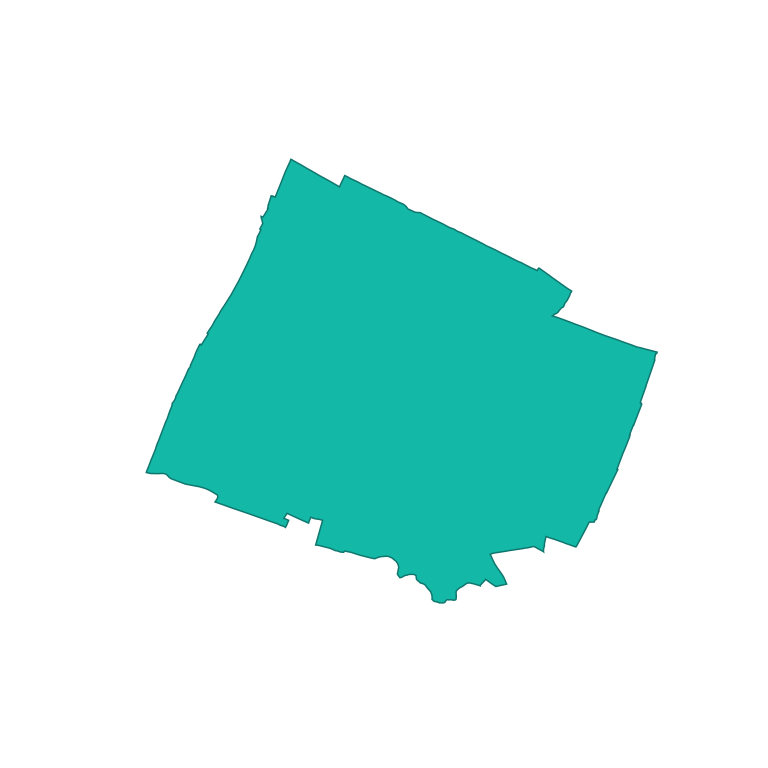 outline of Vladeni, Botosani, Romania, rotated 148°
{"feature_id": "2599482B92223550861236", "entity_name": "Vladeni", "entity_type": "district", "adm_level": 2, "iso_a3": "ROU", "parent_name": "Romania", "parent_adm1": "Botosani", "projection": "orthographic", "projection_center": [26.517, 47.71], "detail": "fine", "context": "isolated", "style": "filled", "palette": "teal", "viewbox_px": 768, "rotation_deg": 148, "n_neighbors": 0, "source": "geoboundaries", "source_scale": "gbopen_adm2", "svg_char_len": 6147}
<svg xmlns="http://www.w3.org/2000/svg" viewBox="0 0 768 768"><g transform="rotate(148 384 384)"><path d="M632.5,434.9L629.4,431.8L623.4,427.9L619.0,425.4L616.9,423.5L616.1,421.5L615.6,418.5L614.6,416.3L611.6,412.4L607.4,406.9L605.3,404.2L594.8,394.5L590.8,390.0L588.9,387.2L587.6,385.0L585.6,381.2L584.2,378.3L584.3,376.8L586.2,375.1L589.8,373.5L578.2,358.9L567.7,346.0L553.0,327.5L548.0,321.3L547.9,321.0L546.9,319.3L544.2,316.1L543.6,314.6L541.9,315.5L537.1,318.9L540.1,323.2L534.7,325.6L529.9,318.3L525.3,311.3L521.7,306.0L519.4,307.9L516.7,309.8L515.0,307.5L514.3,306.7L513.8,306.2L510.3,303.2L508.3,300.9L526.5,284.4L527.3,283.7L526.4,283.0L524.9,281.7L517.3,273.8L515.6,271.6L514.1,269.3L513.4,268.4L513.0,267.9L512.2,267.4L511.8,266.9L511.2,266.1L509.9,264.5L507.7,262.9L507.4,262.7L507.2,262.7L506.0,263.2L505.8,263.2L504.7,262.1L504.1,261.4L503.4,260.9L500.7,258.2L498.2,255.2L496.8,253.5L494.3,250.7L489.7,245.9L486.7,242.8L484.9,241.1L484.0,240.6L482.3,240.4L479.1,239.6L476.5,238.4L473.3,236.7L472.2,236.0L471.0,234.6L469.3,232.0L467.7,227.1L467.6,225.8L467.6,224.7L467.7,223.9L467.9,222.7L468.6,220.9L469.0,220.3L469.6,219.8L472.1,217.0L472.8,216.3L473.0,216.2L473.3,215.8L473.4,215.4L473.4,214.9L473.4,214.2L473.2,212.5L473.3,211.8L473.1,211.3L472.4,211.0L471.6,210.7L468.6,210.6L467.8,210.4L467.2,210.3L465.4,209.6L464.3,209.4L463.2,209.0L462.0,208.2L460.8,207.6L459.8,206.8L458.9,205.7L458.6,205.2L458.5,204.7L458.5,204.1L458.8,203.5L459.4,202.5L459.7,201.9L459.9,201.0L459.8,200.2L459.5,199.5L459.2,198.3L458.8,196.8L458.5,195.9L457.9,195.2L457.3,194.6L456.5,193.6L456.1,192.8L455.7,191.8L455.5,191.0L455.5,189.8L455.1,186.3L454.9,185.7L454.8,184.5L454.5,183.7L454.5,182.9L454.7,182.3L454.9,181.2L455.2,179.9L455.5,179.0L456.1,177.9L456.6,176.9L457.3,176.2L457.4,175.9L457.3,175.5L456.8,173.5L456.0,172.4L454.6,171.2L454.1,170.6L453.1,169.1L452.5,168.7L450.9,167.7L449.8,167.0L449.0,166.7L448.4,166.6L447.8,166.7L446.2,167.5L444.9,167.6L444.3,167.4L443.5,166.6L442.9,166.3L442.1,166.0L441.5,165.5L439.3,163.6L438.0,163.1L437.5,163.1L437.1,163.2L436.7,163.7L436.1,164.3L435.1,165.9L434.5,166.9L434.0,168.0L433.1,169.3L432.6,169.9L432.1,170.2L431.3,170.5L430.2,170.7L428.1,171.0L427.5,171.0L426.5,170.9L424.5,170.8L420.0,171.1L418.8,170.9L417.9,170.5L416.6,169.7L415.8,168.9L415.0,168.1L413.4,166.6L412.7,165.7L410.0,162.7L409.4,161.9L409.3,162.2L409.1,162.3L402.5,164.0L401.8,164.2L401.3,164.5L399.1,158.9L396.5,153.0L386.0,149.3L384.9,156.5L384.8,157.8L385.0,163.4L385.3,167.4L385.4,172.8L385.1,175.8L384.1,183.4L380.9,182.6L368.7,177.4L366.2,176.4L356.5,172.2L355.4,171.7L353.8,171.0L352.1,170.4L348.3,168.7L343.1,166.9L341.7,164.7L340.7,162.8L338.7,159.3L338.3,158.5L337.8,157.7L337.6,157.2L337.4,157.7L336.1,159.4L335.1,160.5L333.7,161.7L333.1,162.8L332.6,163.5L329.8,166.4L327.4,168.8L326.9,168.3L326.0,166.9L324.5,165.1L323.3,163.7L321.7,161.9L319.2,158.7L317.5,156.6L316.1,154.9L314.5,152.6L311.2,148.6L309.7,146.6L307.6,144.1L305.3,145.2L288.5,154.9L283.3,158.1L278.8,155.5L277.2,157.0L276.9,156.7L276.1,156.6L275.6,156.8L275.0,157.1L274.2,157.9L273.3,159.1L272.8,159.6L268.9,162.4L269.3,163.0L259.6,169.6L253.5,173.8L253.3,173.5L231.0,187.6L231.6,188.3L218.9,198.0L212.1,202.8L203.6,209.1L203.8,209.4L202.2,210.5L202.5,210.9L194.5,216.9L194.3,216.6L176.1,230.3L176.6,231.1L176.0,231.6L176.5,232.5L163.2,243.1L163.3,243.2L148.7,255.0L141.6,260.8L141.9,261.2L139.4,263.9L137.5,265.8L136.7,265.3L135.5,266.3L138.4,269.4L144.9,276.2L147.4,279.0L149.4,280.8L152.1,284.2L152.6,285.0L159.8,294.0L161.4,296.2L171.3,308.4L176.7,315.5L184.4,326.1L190.6,334.1L193.2,337.6L197.9,343.7L203.0,350.1L205.2,352.5L203.5,352.7L202.0,352.8L200.5,352.5L199.5,352.5L198.7,352.6L197.9,352.9L193.5,354.5L193.1,354.5L191.5,354.3L190.9,354.4L190.5,354.6L187.8,356.6L187.0,357.0L184.3,357.9L180.9,359.9L180.0,360.4L177.8,362.2L176.3,362.8L175.6,363.3L176.9,366.0L177.9,368.0L184.8,384.7L186.5,389.1L188.0,392.7L188.1,393.0L190.2,398.0L190.6,399.1L191.2,400.2L192.3,400.0L194.1,399.0L194.8,400.4L195.4,401.3L197.8,404.7L202.2,412.2L203.3,414.2L203.8,414.8L204.9,416.3L206.5,418.8L208.6,422.3L212.3,428.5L215.0,432.7L218.8,439.2L221.4,443.2L222.8,445.3L223.6,446.4L224.9,448.8L225.7,450.3L229.3,456.3L236.3,467.7L238.1,470.9L238.9,472.1L240.6,474.2L240.9,474.8L242.4,478.0L242.7,478.4L243.5,479.3L244.2,480.4L244.9,481.1L245.4,481.8L246.2,483.1L249.2,488.5L253.9,495.8L255.1,497.7L255.7,498.5L255.8,498.8L256.5,500.0L257.0,500.9L258.0,502.5L258.4,503.2L260.0,505.9L262.3,509.8L262.6,510.2L265.9,512.6L266.3,513.0L266.6,513.3L267.4,514.4L269.2,517.2L269.9,518.2L270.6,519.1L270.9,519.8L271.0,521.0L271.1,522.6L271.3,523.4L272.1,525.7L272.4,526.4L273.9,528.5L275.9,531.4L276.7,533.2L279.3,537.6L280.6,539.7L282.6,542.7L282.8,542.9L284.0,544.6L286.0,548.0L288.1,551.2L289.4,553.4L290.5,555.1L291.5,556.7L291.6,556.9L291.9,557.2L295.3,562.8L296.5,564.5L298.8,568.7L300.8,571.8L303.9,576.5L304.5,577.9L305.4,579.3L306.8,581.6L312.3,578.0L312.9,577.7L317.3,574.8L322.3,584.3L328.6,595.5L330.9,600.0L335.6,608.6L335.9,609.3L338.6,614.5L340.8,618.3L343.8,623.9L345.9,622.4L355.5,616.1L364.6,609.3L377.3,600.1L377.9,601.0L378.6,602.3L379.1,602.1L379.9,603.4L387.8,596.7L387.7,596.3L389.7,594.7L389.4,594.0L395.7,590.9L398.1,589.7L398.9,590.6L399.4,591.3L400.4,589.0L400.5,587.9L401.2,586.1L401.9,584.2L402.9,583.7L407.2,581.2L406.7,580.0L411.1,577.2L413.3,576.0L416.4,572.7L419.8,569.5L423.5,566.8L427.0,564.8L431.6,561.5L436.9,558.1L444.5,553.3L453.1,548.1L466.6,540.6L477.4,535.4L483.4,532.7L486.6,530.8L493.8,527.4L498.5,524.7L507.0,520.8L506.6,519.6L508.5,518.6L514.6,515.7L518.3,513.9L518.7,515.1L519.3,515.2L524.6,511.9L528.1,509.5L529.5,508.3L531.0,507.2L536.0,503.9L537.3,503.0L538.6,502.1L538.9,501.5L539.2,501.1L539.9,500.9L541.2,500.6L542.3,500.0L547.6,496.3L555.5,491.2L562.9,486.3L564.9,485.1L566.1,484.5L566.9,483.9L568.3,482.5L569.5,481.7L571.9,480.5L573.8,479.9L574.3,479.2L574.9,478.4L577.6,476.2L578.8,475.5L579.7,474.8L583.9,471.4L586.3,469.4L588.9,467.8L605.2,455.4L608.4,453.2L612.2,450.0L613.2,449.1L616.1,447.1L619.1,444.9L622.0,442.9L626.6,439.3L631.1,436.1L632.5,434.9Z" fill="#14b8a6" stroke="#0f766e" stroke-width="1.5"/></g></svg>